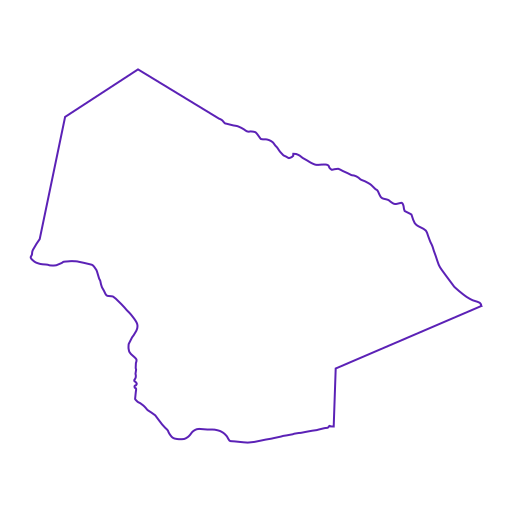 the district of Soledad, El Paraíso, Honduras
{"feature_id": "27666195B67097486402294", "entity_name": "Soledad", "entity_type": "district", "adm_level": 2, "iso_a3": "HND", "parent_name": "Honduras", "parent_adm1": "El Paraíso", "projection": "mercator", "projection_center": [-87.146, 13.616], "detail": "fine", "context": "isolated", "style": "outline", "palette": "violet", "viewbox_px": 512, "rotation_deg": 0, "n_neighbors": 0, "source": "geoboundaries", "source_scale": "gbopen_adm2", "svg_char_len": 6027}
<svg xmlns="http://www.w3.org/2000/svg" viewBox="0 0 512 512"><path d="M330.4,426.4L333.7,426.5L335.7,368.5L481.3,306.0L481.1,305.8L481.0,305.6L481.1,304.9L481.0,304.4L480.2,303.3L479.7,302.8L478.7,302.3L477.2,301.7L475.6,301.2L473.7,300.6L472.8,300.3L471.3,299.6L469.6,298.7L466.6,296.9L464.4,295.3L462.7,294.0L459.0,291.0L454.8,287.3L454.1,286.6L453.3,285.5L450.7,282.0L446.0,275.7L441.7,269.8L440.1,267.4L439.6,266.5L439.1,265.5L438.7,264.7L437.2,260.5L435.8,256.2L433.8,250.7L432.8,247.4L432.3,246.0L431.7,244.6L430.4,242.0L429.5,239.7L428.2,236.2L427.4,233.8L427.0,232.7L426.5,231.7L425.9,230.7L425.4,230.2L424.9,229.9L423.6,228.9L421.7,227.9L418.9,226.5L417.5,225.7L416.4,224.9L415.5,224.0L414.6,222.9L414.3,222.2L413.8,221.1L413.2,219.8L411.7,215.3L411.4,214.5L410.9,214.2L409.8,213.6L405.2,211.3L404.8,211.1L404.6,210.9L404.4,210.2L404.0,209.0L403.6,206.4L403.3,205.2L403.0,204.5L402.7,203.8L402.4,203.4L402.0,203.0L401.8,202.9L401.5,202.8L400.9,202.9L399.1,203.3L396.7,203.9L395.9,204.0L395.2,204.0L394.4,203.9L393.5,203.6L392.3,202.9L390.4,201.6L389.0,200.4L388.3,200.0L387.8,199.8L386.5,199.4L383.5,198.7L382.7,198.4L382.2,198.2L381.8,197.9L381.2,197.4L380.8,197.0L380.4,196.4L380.0,195.6L379.4,194.5L378.2,191.8L377.7,190.9L377.2,190.2L376.6,189.8L375.9,189.4L375.3,189.0L371.1,184.9L369.9,184.0L368.2,183.0L365.0,181.3L364.0,180.9L362.2,180.2L361.0,179.7L360.0,179.0L359.0,178.1L358.4,177.6L357.4,177.0L356.4,176.4L355.1,175.9L354.3,175.6L353.4,175.4L352.2,175.3L351.2,175.0L347.7,173.2L342.8,171.0L340.4,169.7L338.8,169.0L338.3,168.8L337.9,168.8L334.6,169.2L332.4,169.7L331.9,169.8L331.6,169.7L330.5,168.9L330.0,168.4L329.7,168.1L329.2,167.3L328.8,166.1L328.4,165.6L327.9,165.2L327.0,164.8L326.1,164.6L325.2,164.5L321.4,164.6L318.1,164.9L316.8,164.9L316.1,164.8L315.1,164.6L313.5,164.0L311.8,163.2L310.8,162.7L309.6,162.0L307.2,160.5L302.6,157.9L299.7,155.6L297.7,154.6L296.9,154.3L296.1,154.0L294.9,153.9L293.7,153.8L293.3,153.8L293.2,155.4L293.2,155.8L292.9,156.1L292.2,156.7L291.7,157.1L290.8,157.5L289.8,157.9L288.9,158.1L288.6,158.0L288.1,157.8L286.1,156.6L283.7,155.5L283.3,155.2L282.9,154.8L281.3,153.1L280.1,151.8L279.0,150.3L277.9,148.6L277.2,147.6L276.5,146.8L275.4,145.7L274.8,144.9L273.5,143.1L273.1,142.6L272.4,142.0L271.1,141.1L270.1,140.6L269.3,140.2L268.1,139.8L267.0,139.5L265.6,139.3L263.8,139.3L262.7,139.3L261.4,139.1L260.9,139.0L260.5,138.6L259.9,137.8L257.6,134.6L256.9,133.7L255.9,132.6L255.5,132.3L255.1,132.1L253.5,131.7L251.7,131.5L250.5,131.4L248.7,131.7L248.0,131.6L247.4,131.4L246.6,131.2L246.2,130.9L245.5,130.5L244.0,129.4L241.4,127.9L239.9,127.2L238.1,126.4L237.2,126.1L236.3,125.9L233.2,125.4L226.5,123.7L225.4,123.5L225.1,123.4L224.8,123.2L224.0,122.4L222.4,120.5L221.9,120.1L221.3,119.7L220.2,119.1L219.1,118.7L138.0,69.4L65.1,116.9L39.7,239.1L36.5,243.8L34.5,247.2L33.5,248.9L33.0,249.7L32.5,250.9L32.2,252.1L32.0,254.1L31.9,254.7L31.5,255.5L31.0,256.4L30.8,256.8L30.7,257.2L30.8,257.9L31.2,258.5L31.6,259.2L32.5,260.0L33.4,260.8L34.4,261.6L35.2,262.1L35.7,262.4L36.6,262.8L39.0,263.6L40.5,264.0L42.7,264.3L45.6,264.5L47.5,264.7L48.3,264.9L49.5,265.3L50.1,265.4L51.8,265.5L54.1,265.5L55.2,265.4L55.9,265.3L56.5,265.2L57.4,264.8L61.0,263.3L62.2,262.7L63.1,262.0L63.5,261.8L65.0,261.6L67.9,261.4L70.1,261.2L72.0,261.1L73.7,261.2L75.9,261.3L77.1,261.4L78.9,261.8L83.7,262.8L89.2,264.1L91.6,264.7L92.1,264.9L92.5,265.1L93.4,265.9L94.4,267.1L95.7,269.0L96.3,269.8L96.6,270.6L96.9,271.2L97.8,274.2L99.0,278.2L99.3,279.0L100.0,280.2L100.3,281.0L101.0,284.3L101.9,287.1L102.3,287.9L103.4,289.8L104.0,290.9L105.1,293.2L105.5,294.0L106.0,294.7L106.4,295.2L106.7,295.4L107.1,295.7L107.7,295.9L108.7,296.0L111.8,296.3L112.4,296.4L112.8,296.5L113.4,296.8L114.0,297.3L115.8,298.7L121.5,304.3L124.4,307.4L126.8,310.2L129.4,312.8L131.0,314.6L133.5,317.8L134.6,319.3L135.4,320.5L136.2,321.8L136.9,323.2L137.2,324.1L137.4,325.1L137.5,326.0L137.4,327.0L137.3,328.0L136.8,329.6L136.2,331.0L134.4,334.0L133.6,335.3L132.4,336.9L132.0,337.5L128.8,343.8L128.7,344.2L128.6,344.7L128.5,346.7L128.5,348.2L128.8,349.9L129.1,351.2L129.5,352.1L130.3,353.2L131.1,354.2L134.6,357.3L135.6,358.3L136.2,359.1L136.4,359.5L136.5,359.9L136.5,360.6L136.4,361.4L135.9,363.1L135.7,367.5L135.7,368.2L136.0,369.2L136.1,369.7L135.5,373.7L135.5,374.0L135.7,374.7L135.8,375.2L135.8,376.0L135.8,376.8L135.7,377.4L135.5,378.0L135.0,379.0L134.4,379.8L134.3,380.1L134.3,380.4L134.3,380.8L134.5,381.2L134.7,381.4L135.4,381.8L135.8,382.2L136.5,383.1L136.7,383.5L136.6,384.3L136.3,384.8L136.1,385.1L135.9,385.3L135.2,385.5L134.9,385.7L134.6,386.1L134.5,386.5L134.6,387.2L134.8,387.7L135.2,388.0L135.7,388.2L135.8,388.3L136.0,388.6L136.1,388.9L136.1,389.9L135.8,392.0L135.1,398.9L135.2,399.2L135.8,400.0L136.7,400.9L137.5,401.7L138.4,402.3L139.7,402.9L140.4,403.3L142.0,404.5L143.2,405.4L144.5,406.6L145.8,408.0L147.1,409.6L147.9,410.3L151.3,412.5L155.2,415.3L155.9,416.2L158.2,419.3L162.0,424.3L165.0,427.6L166.9,429.4L167.6,430.2L168.0,430.8L168.6,432.3L169.3,433.6L170.4,435.2L171.5,436.6L172.0,437.1L172.5,437.5L173.1,437.9L173.7,438.2L174.8,438.6L177.0,439.0L178.9,439.2L181.9,439.2L183.9,439.0L184.4,438.9L185.1,438.6L186.0,438.2L187.1,437.5L188.0,436.9L188.7,436.3L189.3,435.7L190.2,434.7L191.3,433.2L191.9,432.4L192.9,431.4L194.0,430.6L195.2,429.9L195.9,429.6L196.5,429.3L197.5,429.1L198.5,429.0L199.2,428.9L207.0,429.5L210.2,429.5L214.2,429.6L215.9,429.9L218.0,430.4L220.0,431.0L221.4,431.7L223.1,432.7L224.5,433.8L225.5,434.8L226.7,436.1L227.4,437.2L228.2,438.7L228.9,439.8L229.5,440.6L229.8,440.8L230.0,440.9L230.5,441.1L231.6,441.2L234.7,441.4L243.6,442.3L247.6,442.6L248.9,442.5L254.5,441.9L257.4,441.3L260.4,440.7L265.6,439.6L271.1,438.7L272.1,438.5L273.3,438.2L280.8,436.6L283.2,435.9L286.6,435.4L290.9,434.6L292.6,434.3L294.3,433.7L298.7,433.0L300.4,432.9L301.2,432.8L305.7,431.9L308.9,431.3L312.3,430.7L316.7,430.1L318.5,429.6L323.8,428.3L325.4,428.0L326.9,427.9L327.4,427.8L327.9,427.6L328.3,427.3L328.7,426.8L329.1,426.2L329.5,425.9L330.0,426.0L330.4,426.4Z" fill="none" stroke="#5b21b6" stroke-width="2"/></svg>